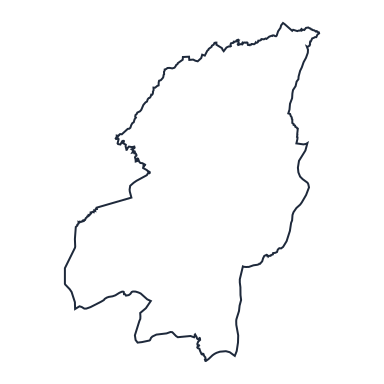 the district of Lam Plai Mat, Buri Ram, Thailand
{"feature_id": "78962969B20413411154684", "entity_name": "Lam Plai Mat", "entity_type": "district", "adm_level": 2, "iso_a3": "THA", "parent_name": "Thailand", "parent_adm1": "Buri Ram", "projection": "robinson", "projection_center": [102.861, 15.019], "detail": "fine", "context": "isolated", "style": "outline", "palette": "slate", "viewbox_px": 384, "rotation_deg": 0, "n_neighbors": 0, "source": "geoboundaries", "source_scale": "gbopen_adm2", "svg_char_len": 5893}
<svg xmlns="http://www.w3.org/2000/svg" viewBox="0 0 384 384"><path d="M234.8,355.9L236.7,351.1L238.0,342.5L238.2,335.4L236.3,324.9L236.2,320.9L236.4,319.3L239.0,311.0L239.6,305.6L241.1,300.0L240.5,295.1L240.4,287.2L239.8,282.5L239.8,279.3L242.9,266.4L243.9,266.8L246.1,267.0L248.9,266.9L253.5,265.3L257.2,264.8L258.8,264.3L259.3,263.7L260.0,263.8L262.2,261.3L263.1,258.3L264.3,255.9L266.7,254.8L267.2,255.1L267.4,256.1L268.3,256.0L268.4,256.4L269.0,255.8L270.6,255.8L271.0,255.1L272.9,254.4L273.1,253.1L275.3,252.8L277.0,252.0L277.8,249.6L279.3,248.2L281.1,248.4L283.1,246.9L286.6,241.2L289.9,230.9L291.1,222.9L292.1,220.4L292.5,215.0L293.5,212.2L296.4,208.0L300.2,204.6L301.8,202.4L306.1,195.0L309.0,187.4L308.3,184.2L307.5,182.7L302.7,179.2L300.1,176.6L298.4,172.4L297.9,167.7L299.0,160.8L305.4,150.5L307.4,143.1L306.1,143.9L303.5,144.4L296.4,143.4L297.4,139.1L297.5,137.3L297.0,137.0L297.4,134.4L297.2,134.2L297.8,128.7L297.3,128.6L296.8,127.6L295.3,126.8L295.1,125.6L293.6,124.9L293.7,124.1L292.3,123.0L292.3,119.4L291.8,118.9L291.8,117.8L291.3,116.6L290.8,116.2L290.1,114.0L288.3,113.4L289.5,109.6L290.0,103.8L292.1,98.2L292.4,93.4L293.0,90.1L295.6,86.1L296.6,81.6L298.4,79.2L298.6,76.5L300.1,70.9L301.8,67.4L303.6,62.2L306.0,57.8L307.8,52.8L308.0,49.7L306.8,46.5L307.3,46.8L308.1,46.6L309.7,45.5L309.7,44.9L310.1,44.2L309.9,43.1L310.2,41.5L310.8,41.5L312.2,38.4L313.7,37.9L315.0,37.1L316.3,37.1L317.5,34.5L319.1,33.4L318.9,32.4L317.3,31.9L317.2,31.4L316.4,31.1L315.8,31.5L314.4,30.4L312.8,30.1L312.1,29.5L311.4,29.5L310.5,28.5L309.7,28.4L308.3,27.5L306.0,27.9L304.3,30.0L303.3,29.7L301.9,30.4L301.9,29.4L301.5,29.0L300.0,30.6L298.5,30.6L297.4,31.1L293.1,29.8L292.2,30.8L284.6,24.1L283.0,23.0L281.1,25.4L280.5,27.8L278.1,31.3L276.7,35.6L276.1,36.2L275.1,36.1L273.8,35.4L272.8,35.4L272.4,35.9L271.9,35.7L269.3,36.6L266.5,38.9L265.6,38.5L263.9,39.3L261.4,39.1L260.9,40.1L259.5,40.7L258.3,40.7L257.8,42.2L256.8,42.8L256.2,42.6L255.9,42.8L255.7,42.5L255.1,43.5L254.1,44.2L251.7,44.0L251.3,44.6L250.1,44.6L249.8,45.2L247.9,44.9L247.5,42.8L246.9,42.4L245.8,42.8L245.3,42.5L244.2,42.5L243.6,43.0L242.6,42.5L242.3,43.0L242.5,44.1L242.3,44.4L240.8,44.1L238.2,45.0L237.8,44.3L238.2,44.0L238.3,42.9L238.7,42.7L238.4,41.2L237.9,41.1L238.3,40.6L237.8,40.6L238.6,40.1L238.2,39.7L236.7,40.3L236.3,41.4L235.3,41.4L234.7,41.9L233.7,41.7L233.4,42.8L231.0,43.3L230.5,44.6L230.9,46.1L230.2,46.5L228.8,46.4L226.5,47.5L223.7,51.2L222.6,49.8L221.9,48.1L216.4,44.7L216.4,42.6L215.6,42.6L215.2,43.1L214.5,42.9L213.6,44.7L211.9,45.7L211.5,46.9L208.7,48.9L208.5,49.7L207.3,50.7L204.8,55.6L202.2,54.7L201.2,58.1L197.7,61.3L195.3,60.7L193.2,59.6L189.3,59.9L189.0,56.7L182.9,57.0L182.7,59.7L177.8,63.2L177.5,64.1L176.0,65.2L175.7,66.1L174.5,67.7L172.3,68.4L169.6,67.9L167.5,68.0L166.0,69.1L164.7,69.5L164.7,70.5L164.0,71.8L164.1,74.3L163.6,74.9L163.3,77.0L162.7,78.1L160.8,80.2L159.1,80.7L158.7,82.3L158.6,85.4L157.3,85.9L155.1,87.7L153.5,87.6L153.6,90.1L152.9,91.8L153.0,92.8L152.5,94.3L151.9,94.9L151.2,94.7L150.6,96.7L149.6,97.9L148.7,98.1L147.7,99.3L147.0,101.5L145.5,102.4L143.4,104.9L141.3,109.8L140.0,111.3L137.3,112.6L136.7,114.0L135.5,115.0L135.2,116.8L135.9,117.6L134.6,119.2L133.7,122.3L132.3,123.2L131.2,125.2L130.4,127.7L129.2,128.7L127.7,128.9L121.8,134.3L120.4,134.1L119.7,134.3L119.1,135.3L118.3,135.3L117.8,136.1L117.9,136.6L117.5,136.7L116.7,136.0L116.6,137.2L115.7,138.4L116.1,139.0L118.0,138.7L118.6,139.1L117.6,143.4L118.1,144.1L120.4,144.5L122.2,141.2L123.1,140.8L123.8,140.9L123.9,141.7L122.9,143.1L125.8,144.7L125.6,146.3L126.5,149.8L126.9,149.7L127.8,147.8L128.9,146.6L132.0,147.1L134.3,146.6L134.6,147.7L134.3,148.2L131.7,149.3L133.2,150.4L133.2,151.0L132.4,152.5L133.7,152.1L134.3,151.3L134.7,151.4L134.9,152.0L134.2,152.7L134.3,153.3L135.8,153.6L136.5,155.1L136.4,155.7L135.5,156.3L135.0,157.3L135.6,159.6L135.7,161.5L137.6,160.9L137.8,160.2L137.1,159.7L137.0,159.0L137.4,158.5L138.1,158.7L139.2,161.7L140.4,163.0L142.4,163.2L145.1,164.7L145.0,165.0L143.5,165.1L143.5,165.4L144.0,165.6L144.1,166.3L143.2,167.1L143.1,168.0L147.0,170.2L147.7,171.1L148.4,171.2L149.8,172.2L149.7,173.0L149.2,173.3L148.1,173.0L146.8,175.2L136.5,180.8L133.6,182.8L130.2,185.8L129.6,189.6L129.8,191.6L131.4,197.6L96.5,207.7L96.4,208.3L96.8,208.4L96.9,209.0L95.7,209.1L95.5,209.8L94.8,210.2L95.0,210.8L94.2,210.5L94.2,211.2L93.8,211.5L93.7,212.2L92.6,211.8L91.7,212.2L91.3,213.1L90.6,212.7L90.4,213.8L89.9,214.7L89.4,215.2L89.0,215.1L88.8,215.5L88.4,215.2L88.0,216.3L87.4,216.3L86.6,217.6L85.8,218.1L85.1,219.9L84.4,219.9L84.2,220.4L83.6,220.4L83.6,221.1L83.2,221.2L83.1,220.6L82.7,220.6L81.6,221.8L80.8,221.7L80.0,222.2L79.6,221.8L79.1,222.3L78.5,222.0L78.6,223.5L77.3,224.7L77.4,225.5L75.8,227.0L74.9,239.1L75.2,246.5L75.0,247.7L64.9,268.2L64.9,283.8L65.2,284.5L69.7,289.2L71.6,292.0L74.9,302.2L75.1,309.0L79.5,306.3L81.7,307.0L84.3,308.6L86.2,308.6L87.7,308.1L90.5,307.1L101.1,301.7L103.8,300.1L104.7,298.9L106.8,297.6L108.8,296.9L112.6,296.3L115.4,295.3L119.4,292.8L121.9,291.7L123.1,291.6L123.8,292.0L124.0,294.2L125.2,294.3L126.0,295.6L128.7,295.1L130.3,294.0L131.7,292.0L133.0,291.5L135.6,291.6L138.5,292.5L140.7,293.5L147.2,299.3L150.8,301.0L145.9,308.2L140.2,313.0L140.4,316.3L140.3,318.9L139.4,320.9L134.9,335.3L135.6,340.0L137.6,342.6L141.9,342.1L149.5,340.5L150.1,340.0L151.0,337.9L152.4,336.5L156.4,334.6L166.6,333.4L170.5,332.0L172.3,332.2L176.0,336.0L177.8,337.2L190.5,336.0L194.1,337.3L194.7,336.5L194.7,334.9L195.1,334.4L196.7,337.2L197.0,338.4L197.6,339.1L198.5,339.3L199.5,338.0L199.9,338.2L200.1,339.9L198.2,341.6L197.3,344.0L197.6,345.0L198.9,345.2L199.1,345.6L197.5,346.8L197.3,347.5L197.9,348.2L199.4,348.7L200.0,350.7L201.6,354.2L202.2,354.5L202.8,353.7L203.4,353.9L204.3,356.2L205.3,357.3L205.6,358.8L204.9,359.5L205.4,360.9L205.8,361.0L208.5,359.1L212.5,355.3L214.5,353.9L216.6,352.8L219.9,351.7L225.9,351.2L229.7,352.2L234.8,355.9Z" fill="none" stroke="#1e293b" stroke-width="2"/></svg>